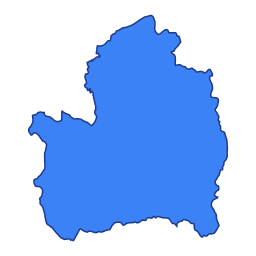 the district of Tien Phuoc, Quàng Nam, Vietnam
{"feature_id": "81297802B51785257245499", "entity_name": "Tien Phuoc", "entity_type": "district", "adm_level": 2, "iso_a3": "VNM", "parent_name": "Vietnam", "parent_adm1": "Quàng Nam", "projection": "equal_earth", "projection_center": [108.26, 15.491], "detail": "fine", "context": "isolated", "style": "filled", "palette": "blue", "viewbox_px": 256, "rotation_deg": 0, "n_neighbors": 0, "source": "geoboundaries", "source_scale": "gbopen_adm2", "svg_char_len": 5694}
<svg xmlns="http://www.w3.org/2000/svg" viewBox="0 0 256 256"><path d="M219.0,225.3L217.1,220.5L216.5,218.5L216.3,215.2L216.1,214.3L214.7,212.0L213.9,209.8L211.9,207.2L211.4,205.5L211.3,204.5L211.6,202.7L212.1,201.6L212.7,200.5L214.2,199.4L217.4,197.9L217.7,197.1L216.5,197.0L215.5,196.3L214.7,195.3L214.5,194.7L214.5,193.9L216.8,190.8L217.9,190.5L218.5,190.0L218.8,189.1L218.6,186.3L216.6,185.3L215.8,184.2L215.1,182.5L215.2,181.4L215.7,180.2L216.7,179.1L217.4,177.6L217.7,176.6L218.9,175.6L219.1,175.2L220.1,171.1L220.5,170.2L222.1,169.8L222.7,169.3L222.5,167.6L222.6,167.1L223.7,165.1L224.0,162.4L224.2,161.7L225.7,160.1L226.4,158.9L227.1,156.9L227.2,156.3L227.1,152.5L227.4,149.2L227.0,141.8L226.5,138.7L225.8,137.0L224.6,132.6L223.8,131.8L221.7,131.2L220.8,130.3L220.6,129.8L220.5,126.2L220.3,125.7L219.4,124.6L219.3,124.1L219.3,123.0L219.7,121.9L219.7,121.6L219.5,121.3L218.5,120.8L218.2,120.1L218.8,117.2L218.7,116.1L218.3,115.3L217.6,114.6L216.7,112.3L215.7,111.3L215.2,110.4L215.2,109.4L216.8,107.0L217.4,105.8L218.5,100.7L218.4,99.6L217.9,98.7L216.5,97.8L211.9,97.4L211.2,96.7L210.7,95.5L211.0,92.9L212.3,89.9L212.6,87.9L212.2,84.8L209.8,79.6L209.7,77.7L209.9,76.5L210.2,76.1L212.1,75.9L212.3,75.6L212.5,74.7L212.4,74.1L211.0,71.0L210.1,69.6L209.8,69.5L208.8,69.4L208.4,69.7L206.8,71.6L205.3,72.8L204.8,72.9L203.3,72.1L200.7,71.3L196.7,72.1L196.4,72.0L195.6,70.8L195.1,70.4L192.1,68.3L191.1,68.3L189.3,69.1L187.4,69.1L186.5,68.5L185.3,66.8L182.8,66.4L180.2,64.8L179.1,64.7L175.8,65.3L175.4,65.2L175.2,63.8L175.4,59.5L175.2,57.2L175.0,56.1L174.3,54.9L173.0,54.0L172.3,53.4L171.5,52.4L171.3,51.9L171.4,51.7L173.7,51.3L174.2,50.8L175.1,48.8L178.3,45.5L180.4,42.3L180.6,41.9L180.5,41.3L179.7,38.2L179.2,36.8L178.7,36.2L177.1,36.0L176.5,34.0L175.6,32.8L175.1,32.7L171.2,32.8L168.8,32.6L168.7,32.5L168.1,30.8L167.7,30.1L166.7,29.6L165.8,29.7L163.5,30.9L160.1,33.9L158.7,34.3L157.5,34.0L157.0,33.6L155.7,31.9L154.9,30.1L154.7,29.0L154.9,25.8L155.0,21.8L154.9,21.4L154.4,20.4L153.6,17.6L152.7,16.4L151.4,15.5L150.7,15.4L146.0,16.8L144.6,17.0L140.0,19.8L133.6,24.2L131.1,25.5L126.2,27.3L122.5,27.9L119.1,30.1L116.4,31.1L115.6,32.7L115.0,33.4L114.5,33.7L112.7,34.3L111.2,35.8L110.4,40.5L109.9,40.8L107.9,40.9L104.5,44.6L103.3,45.3L100.7,46.0L97.4,45.9L96.9,48.2L96.9,50.5L96.4,52.1L96.3,53.3L96.5,53.6L96.9,53.7L98.2,53.3L98.6,53.4L98.7,54.7L98.9,55.2L99.9,55.7L99.9,56.4L99.7,56.8L99.2,57.0L98.0,56.8L97.3,57.2L96.4,57.1L95.1,58.5L93.9,59.2L93.1,59.4L92.9,60.6L92.4,61.1L91.7,61.1L91.5,60.3L90.7,61.1L89.5,61.2L88.5,61.8L87.6,63.0L87.3,62.7L87.3,63.7L87.6,65.1L88.9,67.0L88.9,67.3L88.2,67.9L87.6,68.6L87.4,69.5L87.5,70.2L88.1,71.2L88.3,71.7L88.3,72.5L87.9,73.7L87.2,74.1L86.3,73.8L86.0,73.9L85.6,74.2L85.2,74.9L85.0,76.4L85.0,77.8L86.2,80.9L86.5,82.9L86.1,84.1L85.2,84.3L84.8,84.8L84.6,85.8L85.2,86.9L87.2,88.5L87.3,89.9L87.7,90.4L88.5,90.4L89.1,89.7L89.5,88.6L89.9,88.6L90.3,89.7L89.9,91.6L90.1,92.2L90.5,92.8L90.8,92.7L91.5,91.2L91.8,91.3L93.0,92.6L93.1,93.6L93.0,95.2L93.6,96.2L93.6,97.9L94.4,100.3L94.4,101.2L95.0,103.1L95.1,104.3L95.6,105.4L95.8,106.4L95.8,107.2L95.5,108.0L95.6,108.6L95.9,109.2L95.7,109.7L95.2,110.1L94.9,110.7L94.8,111.9L94.9,113.4L95.2,114.2L96.8,116.4L95.9,119.5L95.1,121.3L94.1,123.0L91.6,125.7L91.0,125.4L87.5,122.5L83.6,120.9L81.1,119.3L76.9,118.6L74.7,119.0L73.4,118.5L71.6,117.5L70.4,116.3L69.2,114.7L67.8,114.4L66.0,113.6L64.4,112.8L62.1,111.1L61.8,112.1L61.8,117.8L61.6,119.8L61.5,120.2L60.9,120.7L58.9,121.5L56.3,121.5L54.4,120.6L53.0,119.2L49.9,116.9L46.5,116.3L45.1,115.5L44.8,115.2L44.5,114.4L44.2,112.4L42.8,112.7L42.5,112.7L41.1,112.0L38.3,112.4L37.9,112.6L37.0,114.0L36.3,114.3L32.5,115.4L33.0,119.8L32.9,121.8L31.3,125.6L29.4,127.9L28.9,128.7L28.6,130.5L29.1,132.0L30.4,134.1L31.1,135.0L31.4,135.1L32.1,134.8L33.5,133.3L34.2,132.8L35.2,132.8L36.8,133.6L39.0,135.7L42.5,140.9L45.3,142.2L46.4,144.3L46.6,145.2L45.5,150.8L44.8,152.6L44.6,153.8L44.7,160.1L45.0,165.6L44.9,167.7L44.7,168.9L42.1,172.9L40.1,175.5L38.3,176.9L37.1,178.8L35.2,179.1L34.4,179.5L33.9,180.9L34.1,183.4L35.1,185.5L35.6,186.1L36.7,186.5L38.3,186.4L39.4,186.7L40.5,187.3L41.6,188.4L42.3,189.5L42.6,190.4L42.6,191.3L42.1,195.1L41.2,196.9L39.8,198.3L39.7,198.5L39.7,198.9L40.2,200.9L40.0,203.1L40.3,204.1L42.5,206.6L43.3,208.8L44.7,214.0L45.3,218.1L46.0,221.2L46.6,223.2L46.9,223.8L48.0,224.8L50.5,226.3L50.9,227.1L51.6,227.0L54.5,230.7L60.8,237.7L61.3,238.0L62.4,238.1L63.0,238.6L63.3,239.1L64.7,239.4L69.4,238.8L69.9,239.1L70.7,240.2L71.5,239.9L72.4,240.2L73.0,240.6L73.4,240.6L73.8,240.2L75.1,237.7L79.6,229.4L80.1,228.9L81.2,229.2L83.6,230.8L84.8,231.4L87.1,232.1L87.6,232.1L88.4,231.4L89.5,231.1L91.3,231.4L94.7,232.5L95.9,232.6L96.6,232.6L97.1,232.4L98.5,231.4L99.8,231.9L101.6,232.1L107.5,229.9L109.8,229.7L112.1,225.6L114.7,222.7L118.3,222.2L119.9,222.3L121.1,222.7L123.2,225.3L124.4,224.9L126.7,223.3L129.0,222.8L133.5,222.6L135.4,221.9L136.8,222.8L138.6,222.6L142.4,220.1L143.3,220.0L144.2,220.5L145.9,220.3L146.1,219.5L147.2,218.0L149.1,217.6L151.3,218.2L151.8,218.1L152.4,217.8L153.3,216.7L153.9,216.4L155.5,217.8L156.0,217.8L157.2,216.6L157.7,216.5L159.5,216.8L162.9,217.8L168.2,218.1L168.9,218.6L170.5,220.6L172.4,223.4L173.4,223.6L174.4,223.4L176.8,226.2L176.9,223.9L177.2,223.3L178.5,222.2L179.8,221.5L182.2,221.0L183.2,219.6L183.7,219.5L184.9,219.7L186.7,220.4L187.7,220.5L188.9,221.0L189.3,221.3L190.3,222.7L191.3,223.4L193.9,223.6L194.1,224.2L194.2,226.8L194.4,228.1L195.1,230.1L196.7,230.8L197.7,231.6L198.5,232.6L200.2,235.6L201.4,236.7L202.1,237.1L202.5,236.9L203.2,235.5L204.0,235.5L205.3,236.0L206.8,235.9L207.3,235.6L208.7,233.9L208.9,233.7L211.3,234.0L214.1,233.2L214.6,232.8L216.2,230.6L219.0,225.3Z" fill="#3b82f6" stroke="#1e3a8a" stroke-width="1.5"/></svg>